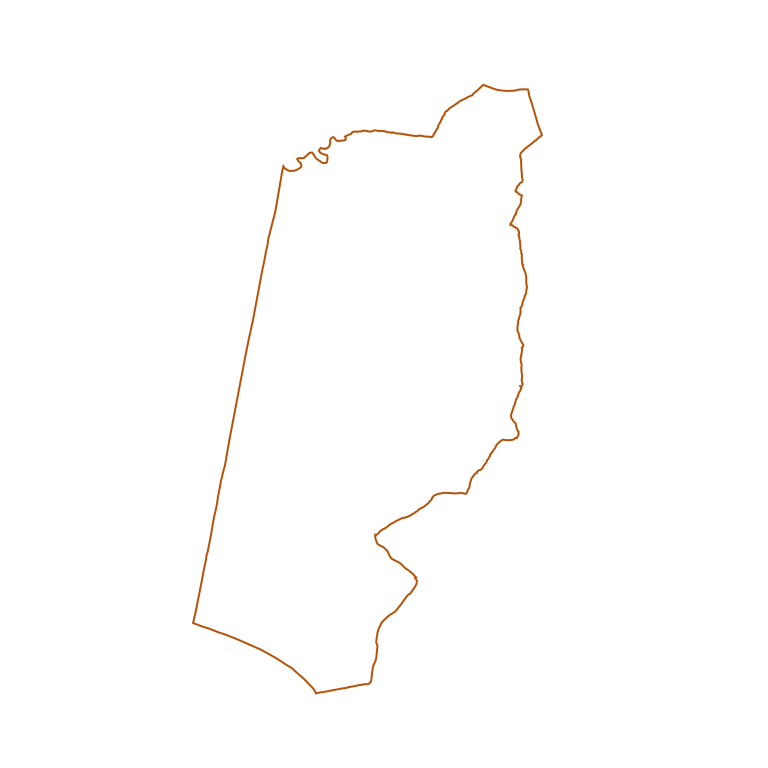 the district of Nioro Du Rip, Kaolack, Senegal, rotated 101°
{"feature_id": "50182788B29473400533502", "entity_name": "Nioro Du Rip", "entity_type": "district", "adm_level": 2, "iso_a3": "SEN", "parent_name": "Senegal", "parent_adm1": "Kaolack", "projection": "natural_earth1", "projection_center": [-15.905, 13.752], "detail": "fine", "context": "isolated", "style": "outline", "palette": "amber", "viewbox_px": 768, "rotation_deg": 101, "n_neighbors": 0, "source": "geoboundaries", "source_scale": "gbopen_adm2", "svg_char_len": 6141}
<svg xmlns="http://www.w3.org/2000/svg" viewBox="0 0 768 768"><g transform="rotate(101 384 384)"><path d="M476.1,282.5L474.3,281.7L471.6,281.4L469.2,280.5L467.3,280.5L466.0,280.8L463.7,280.4L460.6,280.2L454.7,277.6L453.9,276.2L453.3,275.8L452.5,275.9L450.7,274.7L450.2,273.3L447.9,271.2L445.1,270.6L441.5,268.6L440.7,268.4L438.8,268.2L437.5,267.2L435.5,266.7L434.2,266.1L433.6,266.3L432.1,266.0L431.9,265.6L431.3,265.3L426.8,263.4L425.7,262.7L422.2,261.8L418.8,259.6L416.3,257.3L416.0,256.5L415.7,252.9L414.8,248.6L414.1,246.9L413.5,245.8L411.9,244.7L411.6,243.3L408.1,242.2L406.7,242.7L405.5,242.6L404.5,243.6L402.4,245.2L397.3,247.4L396.3,249.4L394.5,250.9L393.2,252.5L390.4,253.5L387.8,253.0L386.5,253.1L385.3,252.7L381.2,252.3L379.0,251.7L374.5,251.5L369.7,250.1L368.6,250.2L367.0,250.0L363.9,248.8L361.6,248.4L360.2,249.8L360.0,248.5L357.4,247.8L356.2,248.7L354.6,249.4L352.5,249.8L351.5,249.6L348.2,250.3L345.6,251.5L343.5,251.7L343.1,252.1L338.5,252.6L336.5,253.8L335.4,254.0L334.3,254.5L331.6,254.9L330.2,254.5L328.8,255.0L326.9,254.7L326.0,254.9L324.6,255.0L322.1,255.6L322.1,255.1L319.6,254.5L318.7,255.0L315.2,258.2L314.0,258.8L312.5,260.1L310.5,260.4L307.2,262.5L306.4,263.1L301.8,264.0L299.7,263.9L298.0,264.0L296.3,264.4L294.6,264.0L293.1,264.0L288.6,263.5L285.0,264.1L283.4,264.6L282.1,264.0L279.9,263.3L278.2,263.6L271.3,262.5L269.9,262.5L268.1,261.8L263.2,262.2L262.3,262.0L257.3,263.7L252.2,264.7L247.6,266.5L246.1,267.7L242.0,270.2L240.8,270.0L240.1,271.0L239.1,271.5L238.1,271.4L237.7,271.8L236.5,271.9L235.7,272.4L234.4,272.8L230.6,273.3L229.4,274.3L227.4,274.6L225.0,276.1L221.9,276.5L221.0,277.0L219.6,277.4L218.8,277.2L216.8,278.3L213.5,279.5L212.1,280.4L211.4,280.0L208.8,280.5L206.0,282.7L205.4,284.7L204.8,285.6L204.9,286.7L204.1,287.6L203.7,288.7L204.0,290.2L202.5,290.5L200.4,289.3L194.1,288.0L192.5,286.9L191.7,287.3L189.9,286.8L188.2,286.7L181.4,284.2L179.9,284.4L178.4,284.3L175.4,284.7L174.0,284.5L173.3,284.8L172.7,284.6L172.1,286.1L172.0,287.7L170.3,289.9L170.1,291.4L169.1,291.8L167.2,291.2L164.9,290.9L163.6,290.3L162.8,289.5L161.1,289.0L159.4,287.1L157.8,286.7L156.1,287.2L155.0,288.0L153.4,288.2L151.7,288.9L150.3,288.9L149.5,289.5L147.9,289.9L138.4,292.1L137.7,292.0L136.7,292.9L136.0,293.0L134.3,293.9L132.7,294.0L131.6,293.9L130.3,293.3L126.3,290.6L118.3,283.6L116.3,282.1L115.5,281.1L112.0,278.6L111.2,277.9L111.1,277.4L109.8,276.8L109.5,276.5L100.1,282.3L88.9,288.0L79.3,293.0L73.5,296.4L69.7,297.7L67.3,299.1L68.8,306.4L70.0,309.5L71.1,311.7L71.5,313.8L72.3,316.3L73.4,323.0L73.6,329.6L73.4,331.8L71.4,343.7L78.8,349.0L81.2,351.1L82.5,352.0L83.5,352.2L86.0,356.1L88.4,358.7L90.5,361.8L92.4,364.0L93.2,364.5L96.2,367.6L96.9,368.1L100.7,372.2L103.9,374.2L104.0,374.8L104.9,375.4L105.9,376.0L108.7,376.2L111.2,377.8L112.4,377.5L113.4,378.1L114.8,378.3L118.3,379.5L120.7,380.1L121.2,380.0L123.5,380.4L124.2,381.2L126.2,381.4L127.7,382.2L128.8,382.2L129.2,382.9L129.9,382.8L131.1,383.2L131.8,383.6L132.7,384.5L132.7,385.1L132.5,386.2L133.1,389.5L133.2,390.9L133.3,396.6L134.2,398.2L134.7,402.4L134.8,406.1L135.1,407.2L134.7,409.1L135.1,409.5L135.2,410.3L134.9,411.3L135.3,413.8L135.0,416.0L135.4,417.3L135.7,419.5L135.7,420.6L135.3,422.5L135.5,423.7L135.9,424.3L135.9,427.5L136.3,428.4L136.1,429.7L135.7,430.8L136.1,435.4L136.5,436.2L136.6,437.6L136.7,440.9L137.0,442.2L137.7,443.1L138.8,445.3L139.1,447.0L138.9,448.4L139.2,453.1L140.2,453.8L140.9,456.9L141.6,458.5L141.6,459.7L141.9,461.4L142.5,462.8L143.7,463.6L144.6,463.8L146.7,467.2L147.6,468.3L148.3,468.7L148.5,469.4L150.8,468.2L151.7,468.4L152.6,469.7L154.3,476.0L154.0,477.3L152.0,479.6L151.3,480.8L152.2,482.2L153.1,483.0L155.0,483.4L156.6,482.9L159.7,482.9L161.0,483.1L162.8,484.2L163.5,485.4L164.6,486.8L164.4,488.1L164.6,489.8L164.4,491.2L165.9,492.0L167.4,492.4L168.9,491.0L169.5,489.9L169.7,489.0L170.2,485.9L170.1,484.7L170.5,483.5L171.7,482.8L175.2,482.3L176.3,482.3L177.4,482.5L178.3,483.5L178.6,485.5L178.6,486.9L176.9,490.8L176.3,492.0L176.0,492.8L175.1,494.1L172.8,496.2L170.5,498.6L170.8,499.9L171.4,501.2L177.3,505.6L178.1,507.4L178.2,509.2L179.0,511.6L179.7,512.2L181.6,510.5L182.8,508.3L184.2,507.2L185.6,506.7L186.7,506.7L188.2,507.9L190.6,510.8L191.5,512.1L192.0,513.5L192.1,514.5L192.8,516.6L192.7,519.0L191.1,523.1L190.2,523.5L189.5,524.3L194.6,524.5L235.4,523.6L264.3,525.3L268.9,524.9L277.9,525.1L288.3,525.0L293.7,525.2L346.4,524.8L366.2,525.3L380.5,525.4L467.4,525.1L495.2,524.6L501.9,525.2L507.4,525.3L509.5,525.6L516.6,525.4L526.4,525.5L532.6,525.1L538.9,525.1L545.6,525.4L550.2,525.4L566.4,525.0L582.2,525.1L586.6,525.5L590.0,525.2L601.0,525.4L609.1,525.3L644.4,525.4L655.1,525.8L656.9,514.8L657.4,509.7L659.1,500.4L660.4,490.9L662.8,478.4L668.3,454.0L673.9,437.0L677.7,427.8L680.5,420.3L685.2,412.5L688.6,406.5L696.5,395.3L700.1,392.0L700.7,391.8L698.5,386.9L698.2,385.0L697.4,383.9L696.7,381.3L694.2,375.6L692.5,371.0L691.5,368.8L689.2,362.2L688.2,360.9L687.2,357.7L683.9,349.9L683.4,347.9L682.3,346.0L681.9,343.0L681.2,341.8L679.8,340.5L678.2,339.9L671.8,340.4L669.6,340.7L667.6,340.6L664.6,340.9L662.2,340.7L657.4,339.5L654.2,339.4L642.2,340.4L639.4,342.2L637.3,342.6L635.3,342.6L633.3,342.8L628.8,342.9L624.7,342.5L621.1,341.3L619.2,341.1L616.7,339.6L615.0,338.5L613.8,337.4L612.3,336.5L609.4,334.1L608.0,332.4L604.9,329.3L599.5,326.6L596.9,325.1L593.7,323.8L586.7,320.4L584.5,318.1L577.9,315.2L574.5,314.0L570.9,314.1L569.1,315.7L568.5,316.5L567.6,315.7L567.1,316.7L565.1,319.1L561.8,325.2L561.1,327.4L558.4,331.4L557.1,333.5L556.2,335.7L554.3,342.6L553.0,344.4L552.2,345.2L547.4,348.7L544.3,353.4L543.7,355.9L542.4,359.6L541.0,360.8L538.2,362.4L536.2,363.3L533.6,363.9L533.8,362.7L530.8,360.5L529.0,359.7L528.2,358.6L527.4,358.0L524.5,354.4L522.4,352.8L522.2,352.3L520.2,350.9L518.4,348.3L516.9,346.9L512.3,340.8L511.5,339.2L511.5,338.2L510.6,337.2L510.1,335.9L508.5,333.8L507.9,332.7L506.5,331.7L504.6,329.2L503.6,328.6L502.7,327.3L500.4,325.7L499.5,324.7L498.6,324.1L498.4,323.2L497.1,321.7L492.5,317.7L488.2,315.3L485.9,314.8L483.9,313.5L481.7,310.2L479.3,304.0L478.4,298.3L478.3,296.1L477.8,293.3L477.1,290.1L476.5,289.3L476.2,286.0L476.1,282.5Z" fill="none" stroke="#b45309" stroke-width="2"/></g></svg>